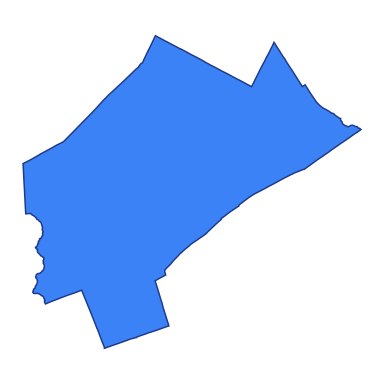 the district of Silistea-Gumesti, Teleorman, Romania
{"feature_id": "2599482B10806735805591", "entity_name": "Silistea-Gumesti", "entity_type": "district", "adm_level": 2, "iso_a3": "ROU", "parent_name": "Romania", "parent_adm1": "Teleorman", "projection": "orthographic", "projection_center": [25.013, 44.369], "detail": "fine", "context": "isolated", "style": "filled", "palette": "blue", "viewbox_px": 384, "rotation_deg": 0, "n_neighbors": 0, "source": "geoboundaries", "source_scale": "gbopen_adm2", "svg_char_len": 5604}
<svg xmlns="http://www.w3.org/2000/svg" viewBox="0 0 384 384"><path d="M168.9,325.9L163.1,307.5L162.6,305.5L162.4,304.7L161.9,302.6L161.2,300.7L159.5,295.1L159.1,293.7L158.3,291.0L155.1,280.8L159.0,278.6L165.7,275.0L164.8,271.9L164.8,271.6L164.7,271.1L164.8,270.4L165.2,269.7L166.0,268.7L167.7,267.0L168.3,266.5L170.0,264.8L170.9,263.8L172.9,261.3L175.4,258.6L176.7,257.4L180.2,253.5L180.9,252.8L181.0,252.9L181.7,252.4L182.5,251.5L185.8,248.6L188.7,246.3L189.7,245.4L189.9,245.2L190.6,244.5L191.6,243.7L197.1,240.0L198.7,238.9L199.2,238.5L202.4,236.4L203.0,235.9L204.4,234.9L205.7,233.8L205.8,233.9L206.0,233.7L207.5,232.1L215.6,224.4L216.7,223.4L221.0,219.6L221.2,219.2L221.1,218.7L221.2,218.4L221.6,218.1L222.2,217.9L222.6,217.6L230.3,211.7L237.0,207.2L238.9,206.0L238.9,205.3L239.0,205.1L239.4,204.7L244.2,201.0L248.9,197.5L252.0,195.4L255.1,193.6L260.3,190.9L264.7,188.6L269.2,186.1L273.9,183.7L282.4,179.0L291.2,174.5L291.7,174.4L293.6,173.3L296.7,172.0L297.0,171.9L297.6,171.7L298.3,171.5L301.0,170.3L302.7,169.7L303.5,169.4L304.2,169.3L304.4,169.2L308.0,166.6L317.1,160.0L328.1,152.5L332.2,149.4L338.4,145.2L339.4,144.4L344.3,141.1L345.5,140.3L350.9,136.5L354.1,134.2L359.6,130.6L361.0,129.5L359.8,128.5L359.6,128.3L359.0,128.2L358.4,128.2L358.1,128.0L357.5,127.0L357.2,126.7L355.9,126.6L355.2,126.4L352.8,125.2L351.6,125.3L350.7,125.5L349.1,126.4L348.7,126.6L348.1,126.7L347.8,126.7L346.9,126.2L344.8,125.4L344.1,124.9L343.4,124.5L343.1,124.4L342.7,123.8L342.4,123.1L342.0,121.9L341.7,121.4L341.4,121.0L340.7,120.3L340.6,119.6L340.6,118.5L340.2,118.5L338.8,117.8L337.6,116.9L337.0,116.6L335.1,115.2L334.7,114.8L334.4,114.6L334.2,114.5L333.8,113.8L333.6,113.7L332.9,113.4L331.6,113.0L330.8,112.7L330.5,112.5L329.7,111.7L329.3,111.4L328.1,110.8L327.3,110.3L326.1,109.6L323.7,108.4L322.4,107.6L321.6,106.9L320.3,105.9L318.4,104.1L316.3,101.9L316.0,101.4L313.9,98.3L311.5,94.8L310.5,93.4L305.1,84.8L302.3,86.6L296.8,77.8L292.6,71.2L291.5,69.5L290.5,68.1L287.0,62.7L286.2,61.4L284.8,58.9L284.4,58.3L283.0,56.6L281.8,54.5L281.0,53.4L279.5,50.8L278.4,49.3L277.8,48.3L276.0,45.4L275.2,44.3L274.7,43.3L274.0,42.3L273.8,42.7L273.6,43.2L272.3,46.1L271.1,48.3L269.8,51.1L267.5,55.5L266.1,58.0L264.4,61.6L262.8,64.4L260.3,69.2L256.5,76.9L254.9,79.9L254.4,81.3L253.9,82.0L253.7,82.6L251.5,86.7L242.9,82.0L230.8,75.7L228.0,74.1L222.1,71.2L216.5,68.1L209.8,64.7L208.9,64.1L208.1,63.7L207.1,63.2L200.2,59.2L193.4,55.7L191.0,54.5L187.1,52.3L180.6,48.9L180.5,49.0L178.6,48.0L163.2,39.9L155.4,35.7L150.0,47.1L147.9,51.2L143.7,60.0L143.2,61.1L143.1,61.6L142.8,62.4L142.3,62.9L141.6,63.2L140.9,63.7L140.6,64.0L139.5,65.4L138.8,66.4L138.6,66.8L138.6,67.1L136.4,68.8L123.0,81.7L118.2,86.1L114.1,90.0L107.6,95.9L106.8,96.9L105.5,98.3L105.1,98.5L103.9,99.7L101.8,102.0L101.7,102.2L99.8,104.2L97.1,107.3L91.1,113.6L78.2,126.7L76.1,128.9L69.3,135.8L64.1,141.1L63.6,141.6L62.8,142.0L60.9,143.1L57.0,144.9L52.5,147.5L40.7,153.9L37.7,155.7L30.7,159.7L23.0,163.6L23.1,164.2L25.7,213.8L30.7,213.5L31.6,214.5L32.4,215.1L33.8,215.8L34.8,216.6L35.6,217.3L35.9,217.8L36.4,218.1L36.5,218.5L36.8,219.1L37.0,219.4L37.8,219.7L38.2,220.1L39.0,220.8L39.2,221.2L40.3,221.9L41.0,222.5L41.3,222.9L41.3,223.7L41.8,224.9L41.9,225.4L42.1,225.6L42.3,226.6L42.5,226.8L42.5,227.0L42.3,227.1L42.6,227.7L42.6,227.9L42.5,228.2L42.4,228.5L42.3,229.0L42.1,229.5L42.2,229.8L42.5,230.2L42.5,230.5L43.1,231.6L43.3,231.7L43.2,231.9L43.0,232.2L42.8,232.6L42.6,232.8L42.5,233.6L42.5,233.8L42.6,234.2L42.9,234.8L42.8,235.1L42.7,235.2L42.5,235.3L42.3,235.7L42.0,236.3L41.7,236.8L41.5,237.1L41.5,237.3L41.5,237.7L41.2,238.2L41.0,238.4L40.5,238.3L39.5,238.9L39.5,239.1L39.8,239.4L39.8,239.6L39.6,240.0L39.4,240.5L39.2,240.6L39.1,240.8L39.0,241.0L38.8,241.2L38.4,241.3L38.4,241.9L38.6,242.1L38.6,242.4L38.5,242.6L38.2,242.8L38.4,243.6L38.4,243.8L38.2,243.9L37.8,244.0L37.6,244.1L37.5,244.8L37.2,245.9L36.9,246.3L36.5,246.7L36.4,247.1L36.2,247.2L35.9,247.1L35.6,247.1L35.5,247.4L35.5,247.7L35.6,247.9L36.0,248.0L36.4,248.9L37.6,249.5L37.5,250.1L37.4,251.7L37.5,252.0L38.3,253.1L39.6,254.3L41.0,256.0L41.5,256.0L42.4,256.8L42.7,257.1L43.4,257.3L43.6,257.5L44.0,258.1L44.0,258.3L43.8,258.4L43.9,259.1L43.9,259.4L43.5,259.8L43.0,261.0L43.4,261.4L43.5,261.8L43.5,262.5L43.4,262.7L43.2,262.9L43.2,263.2L43.6,263.7L43.8,264.4L44.2,264.9L44.3,266.0L44.3,267.1L44.1,267.5L43.9,268.7L43.7,269.3L43.3,269.9L42.9,270.6L42.6,270.6L42.3,270.8L41.7,271.8L40.7,272.5L40.4,273.0L40.0,273.3L39.4,273.3L37.7,273.7L37.1,274.0L36.5,274.4L36.3,274.7L36.2,275.0L36.3,275.5L36.1,275.9L35.8,276.3L35.7,276.6L35.8,277.2L35.9,277.4L35.8,277.9L35.9,278.0L36.5,278.3L36.8,278.8L37.1,279.6L37.2,280.4L37.6,281.2L37.5,281.6L37.3,282.0L37.0,283.5L36.8,284.1L36.4,284.7L36.2,285.2L35.8,285.6L35.4,286.2L35.2,287.1L35.0,288.1L34.7,288.2L34.4,288.6L34.0,288.9L33.7,289.1L33.4,290.2L33.2,290.4L33.1,290.7L33.2,291.0L33.4,291.5L33.4,291.8L33.2,292.0L32.8,292.1L32.8,292.3L33.5,293.2L33.7,293.3L34.0,293.4L35.7,293.6L37.0,293.3L37.4,293.3L38.0,293.6L38.7,293.7L39.5,294.0L40.7,294.9L41.3,295.6L42.6,296.0L43.2,296.7L43.5,297.1L44.0,298.2L44.1,298.8L44.6,299.1L44.6,299.3L44.6,300.0L45.0,300.4L44.9,300.6L44.6,300.8L44.4,301.5L44.5,301.9L45.1,303.3L45.4,303.9L45.7,304.0L46.1,303.7L49.3,302.3L62.2,297.3L67.2,295.4L73.4,293.3L81.7,290.2L82.7,292.8L83.5,294.8L88.3,306.5L93.4,319.2L96.8,327.9L97.1,328.6L97.6,329.7L101.7,340.6L104.2,346.8L104.4,347.6L104.4,348.0L104.4,348.3L124.2,341.3L125.6,340.9L126.5,340.5L131.0,338.8L132.8,338.5L135.5,337.6L136.0,337.7L136.4,337.6L136.4,337.3L136.5,337.1L148.1,333.0L158.4,329.6L165.0,327.2L168.9,325.9Z" fill="#3b82f6" stroke="#1e3a8a" stroke-width="1.5"/></svg>